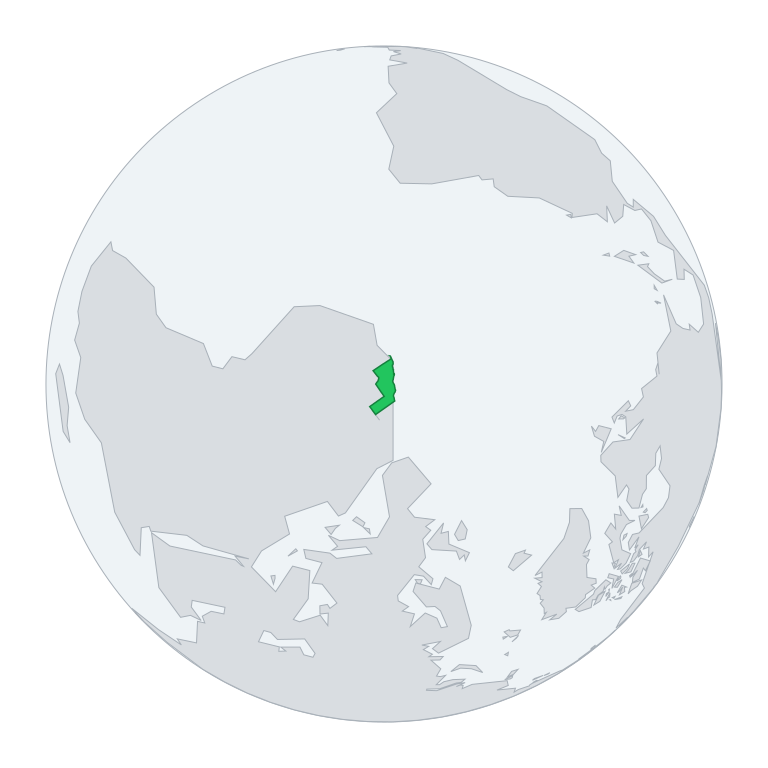 globe centered on Western Sahara, rotated 146°
{"feature_id": "ESH", "entity_name": "Western Sahara", "entity_type": "country or territory", "adm_level": 0, "iso_a3": "ESH", "parent_name": "Africa", "parent_adm1": "", "projection": "orthographic", "projection_center": [-13.3, 24.236], "detail": "fine", "context": "on_globe", "style": "filled", "palette": "green", "viewbox_px": 768, "rotation_deg": 146, "n_neighbors": 0, "source": "natural_earth", "source_scale": "50m", "svg_char_len": 11052}
<svg xmlns="http://www.w3.org/2000/svg" viewBox="0 0 768 768"><g transform="rotate(146 384 384)"><circle cx="384" cy="384" r="338" fill="#eef3f6" stroke="#a8b0b8"/><path d="M308.2,54.7L303.7,55.9L306.6,55.4L314.8,53.3L324.7,51.5L312.3,54.4L328.3,51.8L319.4,56.5L282.2,69.2L281.6,74.1L254.7,94.4L261.4,92.7L255.6,100.7L261.2,102.1L254.6,106.4L264.8,104.0L269.7,99.9L275.9,97.7L279.7,98.4L271.9,103.7L268.9,104.1L268.6,106.1L263.1,108.6L267.9,107.8L258.1,114.7L273.3,109.2L270.1,116.0L262.1,120.3L255.8,117.9L221.7,125.4L211.7,130.7L203.8,139.7L203.8,159.6L195.6,167.0L189.7,178.3L197.4,174.6L204.7,164.6L217.6,161.4L225.1,150.5L231.4,148.0L242.0,138.6L247.9,142.4L248.0,151.6L239.6,160.0L239.4,164.7L253.5,159.2L243.7,178.5L247.6,198.2L244.2,203.6L226.6,207.9L211.1,200.4L188.3,209.9L210.7,206.7L201.9,221.6L203.7,225.7L208.6,227.1L214.9,222.9L213.5,229.1L190.8,233.5L191.7,227.9L198.9,226.3L191.6,223.3L176.2,228.2L173.0,236.2L153.3,237.9L150.7,244.0L145.0,248.4L150.4,238.2L140.3,257.1L116.6,267.5L102.4,301.6L108.1,270.5L105.1,262.9L100.1,257.6L97.5,262.9L94.5,251.1L85.5,255.0L73.1,278.5L66.8,301.5L71.1,311.4L76.6,302.8L82.2,307.0L69.2,332.8L77.5,348.4L71.4,370.1L72.6,385.1L79.0,387.6L84.9,398.8L92.3,389.5L102.8,388.5L99.8,407.2L108.1,393.6L112.2,406.0L135.0,416.9L132.5,420.2L151.2,451.4L176.4,470.4L182.3,485.9L178.8,493.0L188.6,498.4L188.9,503.9L232.5,523.2L258.3,541.4L259.9,559.4L242.9,575.7L238.6,613.1L211.0,617.6L211.5,630.8L202.9,645.1L185.3,637.1L198.0,649.5L194.6,652.0L185.2,648.0L190.3,654.3L183.7,651.1L192.9,657.9L192.6,661.1L204.6,669.6L207.0,671.9L211.9,674.8L183.0,655.6L182.5,655.3L181.3,654.4L177.4,651.4L169.1,643.8L168.6,644.0L150.1,624.9L141.7,611.0L117.7,559.5L110.0,545.8L93.5,523.5L72.6,468.7L74.5,453.6L71.6,442.5L81.4,424.4L81.3,397.7L78.4,391.3L74.1,397.7L66.8,372.3L67.6,349.9L63.2,286.8L66.6,273.9L72.8,258.6L102.5,198.2L75.2,249.1L80.8,235.6L91.1,215.6L92.5,213.7L109.2,187.8L118.5,175.0L143.6,146.6L174.2,120.6L166.9,127.1L175.1,121.0L184.8,112.9L189.2,109.3L230.7,84.9L265.4,68.1L269.0,66.2L273.9,64.8L274.4,64.3L308.2,54.7ZM97.2,312.3L107.1,340.5L97.2,335.6L99.9,334.0L98.3,324.2L93.8,312.3L86.4,309.6L97.2,312.3ZM111.2,299.5L109.1,296.1L111.7,298.1L111.2,299.5ZM190.4,108.2L184.5,113.1L173.9,121.4L178.2,117.3L190.4,108.2ZM211.3,94.3L209.9,95.6L200.8,100.8L204.4,98.4L211.3,94.3ZM238.0,137.3L239.9,137.9L236.9,139.3L238.0,137.3ZM240.7,132.8L235.9,133.9L236.5,132.0L239.5,131.3L240.7,132.8ZM246.5,131.9L238.2,128.5L239.3,125.3L251.5,120.1L246.5,131.9ZM351.4,47.7L356.1,47.9L339.9,49.1L329.4,50.7L334.2,49.8L332.4,50.0L349.5,47.9L350.9,47.7L351.4,47.7ZM269.7,98.4L264.6,102.7L265.3,98.5L269.7,98.4ZM268.7,96.3L262.2,88.4L271.7,83.0L271.9,86.4L281.3,79.5L289.1,80.6L285.6,84.7L278.0,87.8L286.8,86.0L268.7,96.3ZM356.1,48.9L359.2,49.0L354.6,49.3L356.1,48.9ZM278.4,96.5L276.2,95.1L284.3,90.2L290.0,92.2L285.6,93.1L278.4,96.5ZM280.0,77.5L286.9,74.6L295.1,74.5L299.0,73.5L290.1,80.2L280.0,77.5ZM285.7,94.6L292.7,93.4L292.4,96.6L281.0,97.6L285.7,94.6ZM283.9,88.2L288.0,86.1L287.6,87.8L283.9,88.2ZM295.1,108.2L292.4,106.0L296.3,103.1L295.1,108.2ZM295.4,92.8L295.4,91.7L296.7,90.5L301.1,90.5L295.4,92.8ZM296.5,80.1L298.4,80.9L300.5,77.3L306.7,77.6L299.7,82.2L305.3,80.4L307.3,80.5L299.3,84.2L296.5,80.1ZM309.4,87.1L302.6,93.9L306.8,98.3L303.4,100.8L297.2,93.4L309.4,87.1ZM304.2,85.0L306.6,86.8L301.2,88.7L296.1,88.7L304.2,85.0ZM313.5,76.4L305.8,74.6L307.6,73.7L313.5,76.4ZM311.7,87.9L313.3,86.3L312.6,88.0L311.7,87.9ZM314.2,79.3L311.2,78.7L313.3,77.7L314.2,79.3ZM319.0,83.8L316.8,85.9L313.3,85.8L319.0,83.8ZM317.7,81.4L321.3,80.2L313.4,84.5L316.0,81.3L317.7,81.4ZM316.7,78.5L317.0,77.7L317.6,78.9L316.7,78.5ZM333.6,83.4L324.4,88.9L316.6,88.5L326.6,83.1L333.6,83.4ZM229.1,683.8L233.3,685.1L236.8,686.9L234.8,686.4L229.1,683.8ZM693.7,248.7L708.3,291.2L715.9,321.1L718.6,339.3L708.3,306.5L697.9,281.0L697.9,288.3L684.2,274.2L671.3,291.5L666.2,286.1L664.5,293.1L654.4,292.2L645.3,282.9L640.7,287.8L664.0,311.9L668.5,306.9L667.8,290.2L673.8,300.4L683.1,304.3L684.5,341.1L659.9,390.7L652.1,369.4L605.4,321.1L603.8,313.4L603.3,312.7L602.4,311.4L603.7,324.5L593.8,314.6L624.6,351.0L632.1,368.8L659.6,392.4L658.3,397.2L665.6,400.6L682.1,378.4L683.4,386.1L678.9,428.3L651.2,493.3L651.8,522.1L644.6,548.9L620.6,575.5L615.9,593.4L602.5,604.8L597.2,615.3L582.6,629.7L560.7,645.4L530.9,654.6L534.4,646.4L527.6,632.8L520.5,592.9L533.7,569.2L533.3,552.6L511.1,518.5L516.4,494.9L509.1,486.7L494.8,491.7L485.7,481.8L476.5,483.0L415.3,498.3L393.3,484.9L359.4,439.4L368.1,419.9L363.9,397.6L419.2,315.6L437.3,317.8L488.1,298.7L495.6,300.0L496.6,318.3L540.3,329.9L546.2,312.5L578.9,314.1L596.2,306.5L590.0,272.4L561.6,284.1L549.8,270.8L567.0,248.3L590.8,239.5L587.0,234.1L566.2,228.0L565.7,215.1L558.3,225.2L565.7,229.1L561.2,236.0L554.2,232.9L554.3,228.2L545.5,228.7L547.2,252.6L554.9,259.2L535.3,270.6L546.3,283.1L543.0,291.7L523.4,274.0L520.8,265.9L489.0,250.0L490.0,259.2L520.0,275.3L513.2,275.4L514.7,289.6L508.3,278.9L475.2,260.4L453.7,270.8L436.4,309.1L421.7,314.3L404.7,309.8L400.8,274.9L434.2,267.5L433.2,256.5L417.8,243.1L429.2,242.5L427.0,236.6L438.7,233.6L446.7,216.8L457.4,213.0L452.3,195.2L457.0,191.2L458.7,202.6L465.5,209.0L491.0,201.1L493.5,196.2L488.1,185.7L495.8,185.5L487.3,176.4L497.9,168.2L477.9,171.1L471.1,160.3L472.9,150.0L467.1,147.4L464.0,164.4L466.1,171.0L473.5,175.5L475.9,195.8L468.9,201.2L452.9,183.1L441.2,189.4L433.8,173.9L446.6,135.2L456.2,125.9L489.3,130.4L491.8,137.5L481.2,139.0L498.6,146.4L493.6,141.5L499.9,141.8L495.0,132.9L499.3,132.8L487.3,125.0L491.9,123.9L499.5,128.8L496.2,116.1L503.8,112.5L500.9,109.9L495.8,108.0L508.8,105.5L506.2,103.7L500.9,103.7L492.2,100.4L481.9,94.0L486.9,93.5L491.3,95.7L508.2,100.2L519.1,107.1L520.1,106.3L511.8,100.3L491.3,94.6L483.7,91.1L493.2,92.7L489.1,91.8L486.9,89.9L489.5,87.7L478.9,85.7L447.8,69.2L449.6,64.6L461.5,67.1L445.1,58.3L448.4,55.8L443.6,55.6L432.4,52.5L431.2,53.1L428.0,52.9L398.8,47.8L395.9,47.0L377.8,46.6L375.3,46.8L376.5,47.1L356.1,47.9L351.4,47.7L376.3,46.2L401.2,46.5L426.1,48.7L450.7,52.7L475.0,58.6L498.7,66.2L521.9,75.5L544.3,86.5L565.8,99.1L586.3,113.3L605.7,129.0L624.0,146.1L640.9,164.4L656.4,184.0L670.4,204.6L682.8,226.3L693.7,248.7ZM407.9,356.5L408.2,363.4L407.9,356.5ZM621.5,246.8L632.2,240.5L617.8,224.6L620.7,221.2L614.7,217.5L616.7,223.6L600.8,212.9L601.9,204.3L595.7,197.2L591.8,199.2L592.3,217.0L615.2,231.8L616.8,241.3L621.5,246.8ZM135.8,417.0L138.2,421.9L134.3,420.2L135.8,417.0ZM93.7,342.2L96.8,345.3L97.7,349.5L94.9,348.4L93.7,342.2ZM125.4,363.8L130.1,368.2L124.3,366.8L125.4,363.8ZM109.2,344.5L121.6,361.0L110.5,360.7L103.0,350.5L109.5,353.0L109.2,344.5ZM105.2,308.9L106.7,311.9L104.8,314.8L105.2,308.9ZM113.1,301.0L112.2,300.7L112.4,297.1L113.1,301.0ZM203.3,221.3L205.0,221.2L209.0,223.8L205.2,225.0L203.3,221.3ZM238.7,223.0L235.6,233.1L235.1,226.4L229.2,229.4L220.7,219.8L242.1,205.8L233.9,213.5L238.7,223.0ZM215.3,204.4L218.3,211.2L214.2,204.4L215.3,204.4ZM403.3,210.1L410.0,212.7L409.6,219.9L396.1,227.4L396.5,216.7L403.3,210.1ZM419.7,215.0L407.5,196.4L415.4,191.9L413.1,197.4L419.5,196.3L417.4,205.0L436.9,219.9L437.8,227.5L412.3,235.5L420.2,228.3L413.1,225.8L419.7,215.0ZM362.5,165.4L357.3,159.6L381.2,156.9L383.2,162.8L369.9,169.9L359.6,167.2L362.5,165.4ZM269.6,124.5L266.1,124.1L268.3,122.4L273.0,121.3L269.6,124.5ZM293.5,107.4L287.3,125.2L282.9,125.4L284.5,136.7L273.6,141.9L273.0,134.2L265.8,147.3L260.8,142.4L257.2,151.5L256.9,133.7L252.2,130.6L261.6,131.9L271.7,127.1L274.7,124.1L279.5,113.5L274.4,105.4L283.6,100.1L291.5,98.6L294.1,99.7L287.3,102.6L295.7,102.1L287.9,107.2L293.5,107.4ZM378.4,95.8L369.4,96.6L385.0,100.4L377.2,103.9L379.5,104.1L376.6,108.7L377.1,114.9L372.6,116.0L374.8,118.0L372.9,121.4L374.3,124.7L366.7,128.1L367.8,132.6L363.6,131.7L367.6,138.7L361.2,135.1L358.2,139.7L365.9,140.8L321.3,155.3L307.6,165.6L299.6,176.7L289.7,170.2L290.9,156.3L298.6,140.8L313.3,132.3L306.2,131.4L311.1,127.3L314.7,129.7L312.1,123.7L317.1,121.1L323.9,110.1L317.2,104.0L319.5,100.2L324.7,101.4L323.4,96.9L334.7,96.7L336.7,94.2L349.8,92.0L358.6,96.3L360.1,93.3L370.1,92.0L378.4,95.8ZM337.3,82.9L349.7,86.3L351.5,90.2L327.9,92.6L324.6,94.9L309.5,97.6L307.2,92.2L311.7,91.8L315.6,90.3L314.8,92.5L318.3,89.6L324.7,89.2L329.1,86.9L331.9,88.5L337.3,82.9ZM500.0,291.9L505.0,291.5L512.0,288.8L513.0,298.1L500.0,291.9ZM477.4,279.6L481.3,277.4L486.2,288.4L481.0,289.3L477.4,279.6ZM479.3,267.4L481.2,276.4L477.1,272.1L479.3,267.4ZM461.9,200.4L465.6,197.9L467.6,200.1L467.5,204.4L461.9,200.4ZM423.0,111.3L417.6,110.3L417.7,108.9L408.4,103.7L413.4,101.2L421.0,103.4L423.0,111.3ZM587.6,279.9L585.1,288.1L581.4,286.3L583.0,283.8L587.6,279.9ZM549.1,294.1L559.9,295.0L549.3,296.7L549.1,294.1ZM427.0,107.7L422.6,105.7L427.8,105.8L427.0,107.7ZM416.6,99.2L422.1,98.7L413.0,100.3L416.6,99.2ZM676.5,524.1L650.4,576.1L641.9,582.0L645.3,570.6L658.4,541.1L670.0,526.7L677.1,510.9L676.5,524.1ZM718.1,333.5L716.4,323.2L717.2,327.9L718.1,333.5ZM463.5,89.6L470.8,99.1L479.4,105.6L489.4,108.2L478.4,109.2L465.2,99.1L463.5,89.6ZM449.2,71.5L440.4,70.2L442.0,68.8L444.3,68.9L449.2,71.5ZM445.5,72.1L438.9,74.4L432.5,72.5L439.0,70.9L445.5,72.1ZM433.4,89.5L435.2,92.2L430.9,92.0L433.4,89.5ZM361.2,48.5L359.4,49.0L358.5,48.6L361.2,48.5ZM427.7,53.3L423.2,53.0L422.3,52.1L427.7,53.3ZM410.3,51.8L414.4,52.9L407.9,51.9L410.3,51.8ZM424.0,55.7L415.0,53.4L426.6,55.4L424.0,55.7Z" fill="#d9dde1" stroke="#a8b0b8" stroke-width="1"/><path d="M408.2,365.6L408.2,366.6L408.3,367.8L408.3,368.9L408.3,370.3L408.4,371.6L408.4,372.6L408.5,373.2L407.4,373.3L406.4,373.3L405.4,373.3L404.4,373.3L403.4,373.4L402.5,373.4L401.5,373.4L400.5,373.4L399.5,373.5L398.5,373.5L397.5,373.5L396.5,373.5L395.5,373.5L394.6,373.6L393.6,373.6L392.6,373.6L391.6,373.6L390.8,373.6L390.8,374.3L390.8,375.1L390.8,375.9L390.8,376.7L390.8,377.5L390.9,378.3L390.9,379.1L390.9,379.9L390.9,380.7L390.9,381.5L390.9,382.3L390.9,383.1L390.9,383.9L390.9,384.7L390.9,385.5L390.9,386.3L390.9,387.1L390.9,387.9L390.9,388.5L390.6,388.7L389.8,389.0L389.0,389.4L388.0,389.6L387.7,389.7L387.0,390.1L386.2,390.8L385.5,391.3L385.0,392.0L384.8,392.3L384.7,392.7L384.8,393.1L385.1,393.9L385.1,394.3L385.2,394.9L385.2,395.7L385.3,396.4L385.3,397.2L385.4,398.0L385.4,398.9L385.5,399.7L385.5,400.3L385.6,401.1L384.7,401.1L383.5,401.1L382.2,401.1L380.9,401.1L379.7,401.1L378.4,401.1L377.2,401.1L375.9,401.1L374.7,401.1L373.4,401.1L372.1,401.0L370.9,401.0L369.6,401.0L368.4,401.0L367.1,400.9L365.8,400.9L364.6,400.9L363.9,400.9L363.6,402.0L363.4,402.8L363.3,403.4L363.4,403.9L363.1,403.6L363.6,400.6L363.7,400.3L364.1,397.5L364.9,396.0L365.5,395.3L366.5,395.0L367.4,393.5L367.7,392.1L368.2,391.4L368.4,390.9L368.2,390.5L368.8,389.8L369.4,388.6L369.7,387.9L370.5,386.8L370.6,386.5L370.5,386.2L370.2,386.4L369.9,386.9L369.5,387.2L369.7,386.8L370.0,386.2L370.6,385.6L371.7,384.9L373.9,382.5L374.7,382.1L375.4,381.1L375.7,380.2L375.8,378.2L376.0,377.1L376.5,376.2L377.1,374.7L377.5,374.0L377.8,372.6L378.1,372.1L378.6,371.8L379.4,371.1L380.6,370.7L381.9,369.8L382.5,369.3L383.0,368.5L383.4,366.8L384.2,365.1L384.6,363.9L408.1,363.4L408.1,364.4L408.2,365.6Z" fill="#22c55e" stroke="#15803d" stroke-width="1.5"/></g></svg>